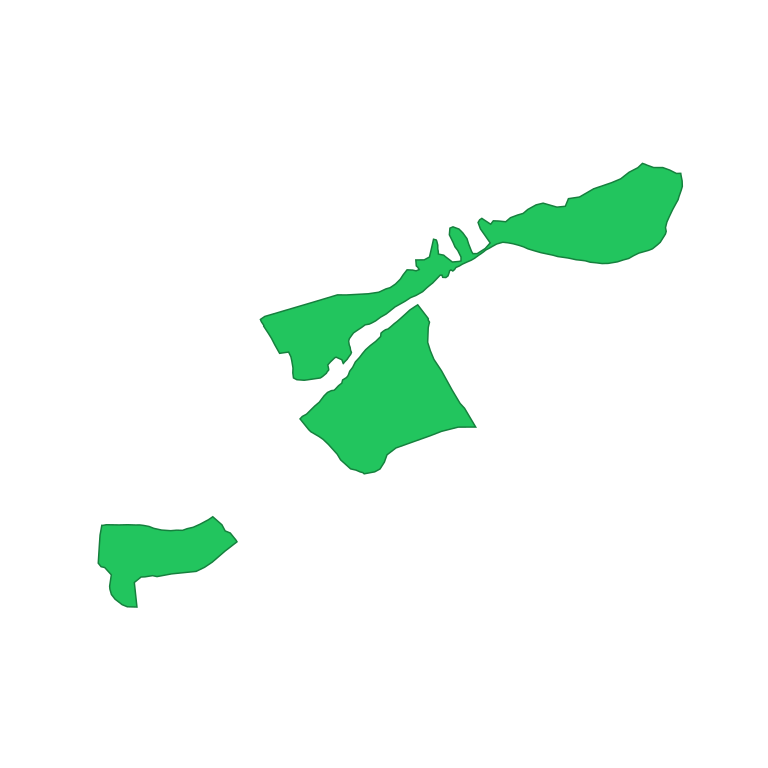 Luxor, Qina, Egypt (Robinson projection), rotated 196°
{"feature_id": "37247803B46466496002040", "entity_name": "Luxor", "entity_type": "district", "adm_level": 2, "iso_a3": "EGY", "parent_name": "Egypt", "parent_adm1": "Qina", "projection": "robinson", "projection_center": [32.598, 25.683], "detail": "fine", "context": "isolated", "style": "filled", "palette": "green", "viewbox_px": 768, "rotation_deg": 196, "n_neighbors": 0, "source": "geoboundaries", "source_scale": "gbopen_adm2", "svg_char_len": 4635}
<svg xmlns="http://www.w3.org/2000/svg" viewBox="0 0 768 768"><g transform="rotate(196 384 384)"><path d="M196.4,667.3L196.5,667.1L199.6,661.9L206.8,655.1L213.1,646.4L220.8,640.2L236.2,629.5L247.7,617.6L257.8,613.0L258.7,604.8L266.5,601.7L273.2,601.7L280.9,601.7L287.2,598.1L293.9,591.4L297.3,586.3L302.1,583.3L308.3,578.7L311.7,573.5L318.6,572.3L323.9,571.0L325.1,568.0L325.5,567.0L333.5,569.5L335.6,570.2L337.3,568.2L338.1,565.2L334.1,559.7L320.8,548.9L323.5,543.3L324.1,542.1L324.9,541.2L330.4,535.0L331.6,534.7L332.2,534.5L334.5,533.8L336.4,535.6L341.3,542.0L344.3,546.6L349.9,551.0L354.6,553.6L358.6,553.9L361.0,554.1L363.6,552.0L362.3,545.4L356.5,539.0L353.6,535.4L349.9,532.7L345.0,527.3L343.9,523.5L345.7,522.5L350.1,520.8L351.9,520.1L360.2,523.4L362.1,524.3L367.5,523.9L368.5,526.7L369.5,528.6L370.6,532.3L372.7,536.0L373.6,536.9L376.3,536.8L375.9,530.1L375.3,518.6L379.6,514.4L387.6,512.0L385.5,506.4L383.7,505.5L381.7,503.7L383.4,502.4L384.3,501.6L388.0,501.4L393.3,500.1L395.7,494.2L397.2,489.3L400.5,483.3L403.9,479.2L404.8,478.2L408.3,476.0L414.3,470.8L424.0,466.4L444.5,459.3L453.4,456.8L474.7,443.1L517.2,416.1L520.6,412.0L519.2,410.2L515.6,407.1L515.6,406.4L512.0,403.3L509.2,400.9L505.0,397.1L504.2,396.3L501.3,393.2L499.9,391.7L499.2,391.0L492.8,384.7L484.5,388.4L481.0,384.5L479.0,380.8L475.9,374.3L474.7,369.5L472.7,364.9L469.0,364.1L461.8,365.6L459.2,366.7L446.8,372.3L445.1,374.3L442.3,378.5L442.2,379.4L441.0,382.3L441.4,383.3L442.3,385.0L443.3,386.8L441.6,390.4L439.7,393.7L438.6,395.6L437.4,396.6L435.5,396.3L431.2,395.7L428.8,392.4L428.7,392.4L428.2,393.9L426.2,397.6L426.1,397.8L426.1,398.0L425.0,401.3L424.2,403.3L424.0,405.4L425.4,407.2L426.7,410.0L428.0,411.7L428.1,411.8L429.8,415.5L429.8,418.0L428.6,421.5L427.4,424.7L424.6,428.1L421.1,432.2L418.4,435.7L414.7,437.5L412.6,439.3L409.5,442.3L405.7,447.3L401.2,451.9L397.8,456.7L394.7,461.1L386.6,469.3L382.3,474.3L377.5,478.1L372.3,483.4L369.3,488.4L366.3,492.8L365.1,494.4L361.3,501.6L360.0,504.1L358.2,504.6L357.0,502.7L356.9,502.7L353.9,503.4L352.3,505.5L352.1,508.2L352.1,511.0L351.1,512.1L349.0,511.6L347.7,513.5L347.0,515.8L344.0,518.3L341.7,520.8L337.5,524.4L334.3,527.0L331.5,529.9L330.1,531.8L329.4,532.6L328.7,533.6L326.8,535.8L324.7,538.5L323.2,540.7L321.7,542.2L320.8,543.0L319.8,544.0L319.0,544.8L318.0,545.9L316.3,547.6L314.3,549.6L308.9,553.0L303.8,553.9L298.5,554.4L292.7,554.5L287.6,554.3L282.9,553.6L275.7,553.5L269.6,553.5L269.4,553.5L256.9,554.4L252.1,554.4L245.8,555.3L241.3,555.9L233.6,556.4L229.1,557.2L224.5,557.9L224.4,557.9L219.5,557.9L219.4,557.9L213.4,559.0L207.5,559.9L204.4,560.9L201.8,561.7L193.2,565.8L188.2,569.2L183.4,572.1L179.4,576.2L175.3,579.9L174.9,580.2L166.5,585.4L163.5,587.7L163.3,587.9L163.1,588.1L159.5,593.2L157.5,596.4L154.8,605.7L154.8,608.5L156.5,611.9L156.7,617.7L155.9,623.4L154.6,631.2L152.9,638.8L152.1,642.2L152.1,645.6L151.7,652.3L151.7,656.2L153.4,661.4L156.2,666.9L156.8,668.3L161.0,667.0L168.3,668.4L175.6,668.9L184.5,666.4L191.7,666.9L193.7,667.2L196.4,667.3ZM373.4,469.4L375.1,467.5L379.6,462.2L383.0,456.6L386.4,451.2L388.7,447.6L390.8,444.8L393.2,441.0L395.3,438.0L397.5,436.6L399.4,434.4L400.9,432.1L400.3,428.7L403.7,422.7L407.7,417.3L411.1,411.9L413.3,406.9L413.6,406.0L414.8,402.9L417.6,397.3L418.7,391.4L420.5,386.8L420.7,383.4L421.0,381.7L421.9,379.8L424.9,376.5L424.8,373.2L427.2,369.9L430.1,364.3L432.8,363.1L436.0,360.3L438.3,356.2L440.2,351.3L440.8,349.7L441.1,348.8L444.4,343.9L446.9,339.5L450.2,333.6L453.6,330.3L455.1,327.3L443.7,319.3L441.1,317.9L432.0,315.6L427.3,314.0L420.8,310.6L409.6,303.6L404.8,299.1L392.7,293.2L387.3,293.5L382.7,292.9L380.0,293.0L378.3,292.2L368.7,297.0L364.4,301.2L362.1,309.0L361.9,312.3L361.6,316.7L354.9,325.8L343.3,334.1L340.1,336.4L325.3,347.0L315.7,354.3L300.8,363.0L284.0,367.9L299.9,382.9L305.5,386.3L317.0,397.1L332.3,412.5L342.8,421.4L348.6,428.7L353.5,436.1L357.0,450.3L357.2,453.1L357.3,456.0L359.3,457.8L359.3,458.8L360.0,459.5L373.4,469.4ZM512.0,209.2L514.8,205.8L515.5,205.0L517.6,203.0L518.4,202.2L522.1,198.6L527.9,193.7L533.3,190.7L537.3,187.8L543.1,186.3L548.6,184.2L557.5,182.3L565.5,181.8L570.5,182.3L576.0,181.8L579.9,181.2L583.9,180.0L591.5,178.1L599.8,175.5L612.1,172.2L615.3,170.6L616.3,170.4L615.3,160.5L613.2,150.7L609.3,133.0L605.6,130.4L601.9,130.6L593.5,125.4L592.0,114.0L590.9,111.2L588.0,106.5L583.2,103.0L574.9,99.7L569.4,99.1L560.0,101.5L569.3,124.4L564.3,131.5L560.7,132.7L553.6,136.0L549.1,136.3L535.9,142.9L524.4,147.5L512.9,152.1L506.0,158.3L500.0,165.4L490.8,179.5L481.8,191.8L483.2,193.1L486.9,195.7L490.7,198.4L496.2,199.0L501.0,204.0L512.0,209.2Z" fill="#22c55e" stroke="#15803d" stroke-width="1.5"/></g></svg>